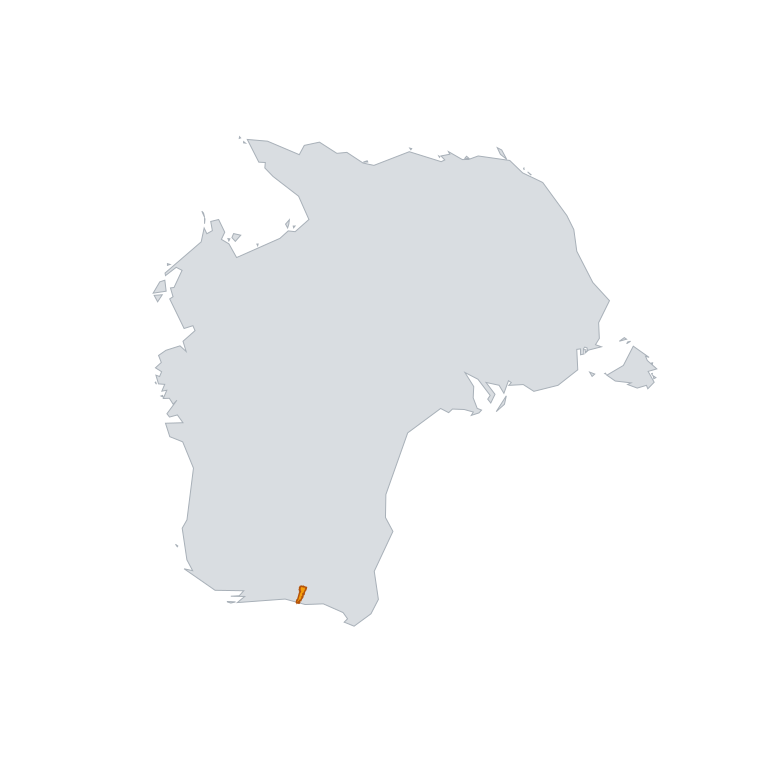 location of Coorow, Western Australia, Australia, rotated 293°
{"feature_id": "25037944B10831634124389", "entity_name": "Coorow", "entity_type": "district", "adm_level": 2, "iso_a3": "AUS", "parent_name": "Australia", "parent_adm1": "Western Australia", "projection": "albers", "projection_center": [115.183, -29.979], "detail": "fine", "context": "in_parent", "style": "filled", "palette": "amber", "viewbox_px": 768, "rotation_deg": 293, "n_neighbors": 0, "source": "geoboundaries", "source_scale": "gbopen_adm2", "svg_char_len": 5571}
<svg xmlns="http://www.w3.org/2000/svg" viewBox="0 0 768 768"><g transform="rotate(293 384 384)"><path d="M562.0,181.9L562.0,216.4L572.5,217.4L581.4,230.1L577.9,250.5L582.7,259.3L579.2,278.4L581.3,289.3L607.7,316.5L611.0,349.8L614.0,352.4L616.2,347.4L621.2,354.8L623.1,352.5L621.2,368.4L623.7,374.1L630.7,381.6L638.9,412.4L632.5,429.1L631.5,451.4L610.5,486.5L600.3,498.4L581.5,509.6L559.0,536.6L548.8,559.0L524.3,557.6L510.1,564.4L502.8,563.3L503.2,569.6L494.5,558.2L496.6,556.7L496.4,554.4L494.4,553.8L489.8,556.4L487.7,553.5L493.1,551.2L491.2,547.9L472.8,556.8L450.8,544.7L435.8,524.8L437.9,512.4L431.5,499.4L435.1,500.6L435.7,497.3L422.3,498.0L427.8,490.4L425.3,477.3L417.9,490.2L408.2,489.7L410.6,485.4L415.0,486.2L425.1,468.6L426.2,454.0L416.7,467.6L406.1,471.5L398.0,479.3L398.1,484.0L394.5,482.7L389.2,476.6L393.1,477.2L391.9,467.9L387.7,456.8L382.9,454.7L383.6,445.7L348.3,424.9L283.0,428.9L261.7,437.5L251.8,449.8L207.8,448.2L183.5,463.0L167.4,461.8L149.4,451.1L149.2,440.4L153.6,442.2L157.6,435.7L157.9,414.0L150.2,397.6L147.4,377.0L125.5,334.4L134.0,338.8L128.8,325.9L132.5,333.5L138.9,335.7L128.1,309.1L135.8,272.2L137.4,280.8L145.1,271.3L172.4,254.6L182.0,255.7L232.1,241.5L252.1,221.3L251.8,207.4L262.5,198.2L269.8,214.1L274.8,205.9L269.8,199.5L271.8,195.8L288.1,199.7L283.0,197.8L287.0,192.0L284.4,186.5L293.4,186.5L290.6,182.3L298.0,182.3L296.0,176.4L303.0,170.6L303.2,174.5L308.4,174.5L309.6,167.3L316.8,170.6L322.2,165.3L329.8,170.1L339.4,181.3L336.6,189.2L344.8,182.3L359.3,189.2L363.0,185.3L357.0,178.3L378.6,153.5L381.9,155.7L389.0,149.9L390.8,153.0L409.7,153.7L410.2,147.1L398.4,140.5L400.6,139.1L443.4,160.2L457.3,157.5L453.1,162.2L458.1,166.1L465.9,161.0L470.8,167.5L461.5,178.1L453.6,177.8L452.4,186.5L442.8,198.9L477.4,231.3L487.5,236.0L489.5,242.7L506.1,250.6L523.5,232.0L531.6,201.0L536.3,189.9L541.5,188.2L539.3,182.1L555.7,162.6L562.0,181.9ZM479.2,585.7L494.6,597.1L516.2,598.7L512.1,617.6L511.7,613.9L508.5,617.2L504.5,629.2L498.8,622.2L491.2,632.0L482.7,628.7L485.3,626.1L479.2,618.7L478.7,608.4L481.6,611.0L477.1,595.7L479.2,585.7ZM377.4,136.0L390.4,137.7L393.9,141.7L384.3,147.2L377.4,136.0ZM402.4,498.1L420.9,501.2L412.4,502.8L402.4,498.1ZM463.7,186.8L465.0,194.0L457.2,191.4L459.4,186.8L463.7,186.8ZM638.8,409.1L640.9,401.4L645.8,395.9L645.4,400.9L638.8,409.1ZM515.3,583.9L520.6,587.1L520.0,589.8L515.3,583.9ZM375.8,137.8L379.5,145.0L371.2,143.5L375.8,137.8ZM475.5,574.1L472.3,572.6L475.3,568.6L475.5,574.1ZM498.2,232.7L494.0,233.9L490.0,234.3L492.7,230.9L498.2,232.7ZM125.4,332.5L122.5,328.6L122.2,325.0L122.6,324.8L125.4,332.5ZM518.0,591.9L519.7,594.3L515.9,591.6L518.0,591.9ZM623.3,370.2L625.9,371.0L624.8,374.4L623.3,370.2ZM580.2,278.3L582.9,281.3L582.0,282.3L580.2,278.3ZM496.7,628.7L496.1,631.8L494.3,630.3L496.7,628.7ZM635.4,433.3L634.1,437.6L633.8,437.4L635.4,433.3ZM410.5,140.4L408.6,138.3L410.2,137.6L410.5,140.4ZM470.8,151.1L467.1,153.9L471.9,148.8L470.8,151.1ZM637.5,428.4L635.8,429.4L637.1,428.2L637.5,428.4ZM463.7,213.4L461.9,213.7L463.1,212.3L463.7,213.4ZM457.4,185.4L455.1,185.3L456.9,183.5L457.4,185.4ZM155.0,254.7L154.3,257.5L153.4,257.3L155.0,254.7ZM552.3,160.1L551.6,162.4L551.1,160.5L552.3,160.1ZM494.2,554.9L494.2,556.4L493.7,555.8L494.2,554.9ZM466.1,154.7L461.4,156.2L466.3,154.1L466.1,154.7ZM296.6,173.1L294.9,174.6L296.0,172.8L296.6,173.1ZM498.6,626.9L497.3,627.2L498.2,626.3L498.6,626.9ZM494.7,240.4L492.5,239.8L493.9,238.7L494.7,240.4ZM287.0,184.7L285.7,185.6L285.8,183.4L287.0,184.7ZM508.5,623.0L506.8,623.4L507.7,621.9L508.5,623.0ZM555.2,154.4L554.5,155.9L553.5,154.8L555.2,154.4ZM492.8,556.6L493.9,558.4L491.5,557.3L492.8,556.6ZM611.5,317.5L610.1,317.2L611.2,315.5L611.5,317.5ZM615.1,346.7L614.3,346.5L615.3,345.3L615.1,346.7ZM480.5,583.6L479.8,584.6L479.8,583.1L480.5,583.6Z" fill="#d9dde1" stroke="#a8b0b8" stroke-width="1"/><path d="M149.0,388.5L148.9,388.6L148.9,388.8L148.8,389.0L148.7,389.1L148.8,389.1L148.8,389.3L148.8,389.5L148.8,389.8L148.7,389.8L148.7,390.0L148.8,390.2L148.8,390.3L148.7,390.4L148.7,390.5L148.8,390.5L148.7,390.5L148.8,390.5L149.0,390.5L149.1,390.8L149.1,391.0L149.2,391.3L149.3,391.4L149.2,391.4L149.2,391.5L149.3,391.5L149.8,391.6L149.8,391.1L149.7,391.1L149.7,390.5L150.2,390.5L150.2,391.0L150.3,391.0L150.8,391.0L151.1,391.0L151.9,391.0L151.9,391.5L152.2,391.6L152.2,392.0L154.1,392.0L155.3,392.0L155.3,392.4L155.8,392.5L156.0,392.4L156.4,392.3L156.5,392.3L156.5,392.2L156.6,392.3L156.8,392.3L157.3,392.2L157.6,392.1L157.8,392.0L158.0,392.0L158.0,391.9L158.6,391.6L158.8,391.5L159.1,391.4L159.2,392.5L159.7,392.3L160.2,392.3L160.2,392.0L160.4,392.0L161.3,392.0L161.5,392.0L161.8,392.1L162.2,392.1L162.3,392.1L163.3,392.1L163.5,392.2L163.7,392.4L163.8,392.4L164.0,392.4L165.1,392.3L165.1,391.9L165.3,391.9L165.5,391.9L165.5,392.2L166.2,392.2L166.4,392.1L166.4,391.5L166.3,391.4L166.2,391.4L166.2,390.5L166.2,390.0L166.2,389.9L166.3,389.0L165.8,389.0L165.8,388.8L165.8,388.7L165.8,388.2L165.7,388.0L165.7,387.9L165.7,387.7L165.5,387.2L165.4,387.0L165.4,386.9L165.6,386.9L165.5,386.7L165.4,386.7L165.2,386.6L164.9,386.5L164.9,386.1L164.5,386.1L164.2,386.2L164.1,385.9L163.9,385.9L163.5,385.9L163.5,386.2L163.5,386.3L163.3,386.3L163.2,386.3L163.2,386.5L162.9,386.5L162.9,386.4L162.1,386.4L162.2,386.6L162.1,386.9L161.9,387.0L161.8,386.9L161.6,386.7L161.5,386.8L161.4,386.8L161.3,387.0L161.2,387.1L160.9,387.1L160.9,387.3L160.5,387.3L160.5,387.8L160.5,388.1L159.8,388.1L159.7,387.9L158.4,387.9L155.5,388.3L153.2,388.6L152.4,388.7L151.9,388.7L150.9,388.6L151.0,388.3L150.7,388.3L150.6,388.5L149.0,388.5L149.0,388.5Z" fill="#f59e0b" stroke="#b45309" stroke-width="1.5"/></g></svg>